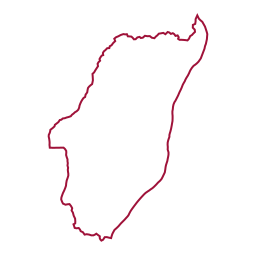 Tupirama, Tocantins, Brazil
{"feature_id": "56859067B25409387280725", "entity_name": "Tupirama", "entity_type": "district", "adm_level": 2, "iso_a3": "BRA", "parent_name": "Brazil", "parent_adm1": "Tocantins", "projection": "orthographic", "projection_center": [-48.257, -8.94], "detail": "fine", "context": "isolated", "style": "outline", "palette": "rose", "viewbox_px": 256, "rotation_deg": 0, "n_neighbors": 0, "source": "geoboundaries", "source_scale": "gbopen_adm2", "svg_char_len": 3384}
<svg xmlns="http://www.w3.org/2000/svg" viewBox="0 0 256 256"><path d="M198.5,61.7L200.8,58.4L204.5,48.7L205.0,46.2L205.9,43.8L206.9,39.1L207.1,36.4L207.3,34.1L206.7,31.8L205.7,28.7L205.0,26.6L202.3,21.8L200.6,20.4L198.9,18.7L197.3,15.4L196.3,17.6L195.6,19.2L195.6,21.3L195.2,23.9L192.9,24.9L192.8,27.7L194.7,29.6L195.0,31.9L193.2,33.6L192.1,34.9L190.2,36.1L189.0,38.7L187.5,40.4L185.4,40.1L183.2,39.9L181.4,39.8L179.5,39.8L178.1,38.8L178.7,37.2L177.6,35.4L175.5,35.9L174.2,34.1L172.8,33.2L170.9,33.9L169.3,32.5L167.7,32.0L165.4,34.2L163.3,32.9L161.1,33.3L158.8,33.7L157.3,35.4L155.9,36.5L154.4,38.2L151.8,37.7L149.8,36.1L147.4,36.2L144.9,35.8L142.8,37.7L140.8,38.0L139.6,36.9L137.4,37.4L135.6,39.2L133.9,39.3L132.7,37.8L131.4,36.6L129.4,36.4L127.8,36.3L126.9,34.2L125.3,34.4L123.4,34.1L120.7,35.0L118.3,36.3L116.1,37.2L114.3,38.7L115.2,41.1L113.2,43.0L111.5,45.3L109.8,46.2L109.3,48.1L107.2,48.2L105.4,50.1L103.8,51.4L102.9,53.0L103.2,55.1L101.7,55.6L100.5,57.3L99.5,59.1L100.1,60.7L98.5,62.2L97.6,63.8L98.0,66.2L96.8,68.0L95.5,70.0L94.1,72.4L92.5,73.9L92.7,76.4L92.8,78.3L92.9,80.3L92.5,82.3L92.1,84.1L90.5,85.3L89.0,86.7L88.0,88.0L87.6,89.9L87.2,92.4L85.6,94.6L85.1,97.0L83.6,97.9L82.5,99.4L81.3,101.4L80.3,103.6L79.5,105.7L79.2,107.5L78.3,109.7L76.6,111.3L75.0,112.2L73.4,113.7L72.0,114.7L70.8,116.2L68.6,117.0L66.6,117.5L64.8,118.2L62.7,118.5L61.4,119.7L59.8,120.0L58.4,122.1L56.5,123.6L54.9,124.8L54.5,126.4L52.6,128.1L50.4,129.8L50.1,131.7L49.6,133.2L48.8,134.8L48.7,136.6L49.2,138.9L49.5,141.2L49.6,142.9L49.5,144.9L49.8,147.7L53.1,147.8L59.9,147.7L63.6,147.7L65.0,149.0L66.2,150.9L66.3,152.7L66.1,155.0L66.8,157.4L67.5,159.3L67.5,161.4L67.8,163.1L67.5,165.5L68.1,167.8L67.8,169.8L68.0,171.8L68.3,173.6L68.3,175.7L67.6,178.0L66.7,180.5L66.2,183.4L66.0,185.7L65.3,187.8L64.2,190.5L62.9,193.2L62.0,195.7L61.4,197.5L61.2,199.4L62.0,201.6L63.0,203.6L65.5,204.7L67.4,204.3L69.5,204.1L71.0,206.0L72.2,208.2L71.6,210.5L72.9,212.6L73.7,215.7L75.1,218.6L75.3,221.5L75.2,223.4L73.5,224.3L74.1,226.0L74.7,227.9L76.4,228.3L78.7,228.0L80.0,229.6L80.7,231.2L82.9,232.2L84.6,234.6L86.7,234.2L89.2,234.6L91.2,235.3L93.5,235.3L95.0,234.6L96.3,233.7L98.0,235.0L99.8,236.3L99.7,237.9L100.3,239.4L101.4,240.6L103.1,239.7L104.7,237.2L106.8,237.1L109.1,237.7L111.1,238.1L111.7,235.9L112.4,233.8L113.4,231.9L114.5,229.9L116.0,228.6L117.3,227.4L118.6,226.1L119.7,224.8L120.9,223.4L122.6,221.7L124.5,219.8L126.2,217.9L127.5,216.5L128.5,215.2L129.2,213.7L130.4,211.4L131.5,209.7L132.8,207.9L134.2,206.0L135.5,204.3L136.7,202.7L138.0,201.1L139.8,199.0L141.3,197.3L142.7,195.8L144.0,194.4L145.6,192.9L147.6,191.5L149.3,190.4L150.6,189.4L152.4,188.2L154.1,186.7L156.2,184.6L158.0,182.6L160.1,180.7L161.6,178.9L162.5,177.2L163.6,174.9L164.8,172.4L165.3,169.4L165.6,167.0L166.0,165.1L166.7,162.9L167.3,161.1L167.7,158.9L168.2,156.5L168.5,154.6L168.5,152.3L167.7,149.6L167.8,147.0L167.6,144.7L167.7,142.5L168.1,140.7L168.7,138.8L169.4,136.9L169.4,135.0L169.8,133.4L170.4,131.5L171.1,128.7L171.7,125.6L172.1,123.2L172.5,121.0L172.6,118.3L172.6,115.9L172.4,113.6L172.4,111.3L172.8,109.2L173.0,106.9L173.5,104.5L174.4,102.3L175.4,100.8L177.3,97.1L178.2,95.3L178.9,93.6L179.6,92.0L180.6,90.0L181.6,87.8L182.8,84.7L183.9,82.7L184.8,81.2L185.4,79.7L186.5,77.7L187.9,75.5L189.1,73.1L189.9,71.2L190.7,69.7L192.0,67.7L193.6,65.8L195.2,64.7L196.8,63.4L198.5,61.7Z" fill="none" stroke="#9f1239" stroke-width="2"/></svg>